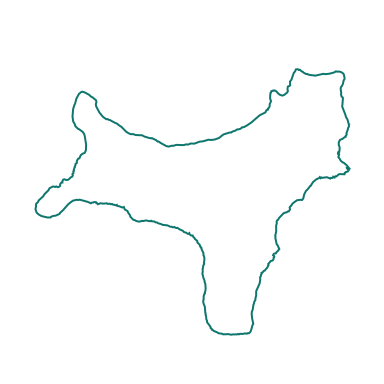 the district of Christmas Island, Australia, rotated 7°
{"feature_id": "25037944B52215188187413", "entity_name": "Christmas Island", "entity_type": "district", "adm_level": 2, "iso_a3": "AUS", "parent_name": "Australia", "parent_adm1": "", "projection": "orthographic", "projection_center": [105.63, -10.491], "detail": "fine", "context": "isolated", "style": "outline", "palette": "teal", "viewbox_px": 384, "rotation_deg": 7, "n_neighbors": 0, "source": "geoboundaries", "source_scale": "gbopen_adm2", "svg_char_len": 5976}
<svg xmlns="http://www.w3.org/2000/svg" viewBox="0 0 384 384"><g transform="rotate(7 192 192)"><path d="M279.7,59.6L278.5,61.4L277.0,68.4L275.8,70.5L276.4,74.2L275.9,74.8L274.3,75.7L274.2,78.1L274.9,80.3L274.2,81.8L272.0,84.1L270.7,85.0L269.8,85.3L267.1,84.7L265.0,83.3L263.8,82.0L261.6,81.1L260.7,81.5L260.2,81.3L259.9,81.8L258.5,82.2L258.2,83.9L257.8,84.2L257.9,87.3L258.2,89.9L259.4,92.2L258.4,95.4L258.6,97.1L258.3,98.7L257.2,100.0L257.4,101.0L256.0,101.6L255.1,104.1L249.8,107.6L242.6,115.6L238.9,118.9L235.6,121.3L233.7,121.8L232.6,123.2L230.5,124.2L229.3,124.3L227.7,125.7L224.6,127.2L223.8,128.1L222.0,128.4L216.1,131.1L212.2,135.1L208.0,137.2L204.8,138.0L202.0,138.1L196.6,140.4L193.4,141.1L188.5,143.7L184.9,144.0L182.3,145.4L180.1,145.5L178.3,146.4L174.9,146.8L171.6,147.0L170.0,147.4L168.1,148.4L166.8,148.4L163.1,149.8L160.8,149.5L154.5,147.0L153.6,146.3L152.1,145.9L151.7,146.1L150.2,145.0L145.6,143.4L145.1,143.7L142.9,143.6L138.1,142.8L135.6,141.8L129.2,142.3L126.4,141.7L124.2,142.1L121.6,141.3L119.2,140.1L114.1,136.0L110.7,134.3L109.6,133.4L106.8,132.6L101.5,130.5L100.5,130.5L99.2,129.9L98.0,130.2L94.4,128.2L90.6,124.6L86.5,118.8L85.8,116.5L86.2,114.5L85.6,112.7L82.0,110.3L80.3,109.7L77.9,108.0L73.3,106.2L70.8,105.8L69.6,106.5L67.8,108.5L65.8,113.6L65.2,118.6L64.6,120.1L63.9,124.3L64.2,131.7L65.5,136.5L67.1,138.5L68.3,141.0L71.4,143.3L72.2,143.4L76.3,145.7L77.9,147.6L78.8,149.8L81.1,157.8L81.6,162.9L81.3,164.7L80.6,166.4L78.8,167.3L77.1,169.0L76.1,172.3L75.0,172.8L74.3,174.2L73.9,175.6L74.2,177.1L73.0,178.3L73.0,179.9L72.5,181.0L72.7,181.8L72.4,182.2L71.9,184.6L72.3,185.4L71.7,186.1L72.0,187.7L71.1,188.8L71.7,190.0L71.3,191.3L69.6,192.5L68.5,194.1L67.2,195.1L65.7,195.4L63.8,194.9L62.8,195.3L62.2,196.2L62.2,198.1L61.8,197.9L60.4,199.7L60.2,200.9L60.4,202.0L59.6,202.9L58.2,203.6L56.6,203.0L55.6,203.7L54.3,203.4L53.0,203.6L50.1,205.7L49.3,207.8L45.8,212.2L44.8,214.5L40.9,219.0L40.2,221.0L38.8,222.6L38.7,224.3L39.0,225.1L38.7,228.0L39.9,230.7L40.8,231.8L42.8,233.1L45.5,234.2L51.4,234.9L54.7,234.5L55.1,233.8L57.1,232.7L59.5,232.1L63.2,229.9L63.5,228.9L66.1,225.9L70.7,219.2L72.6,217.2L74.9,215.1L78.4,213.8L80.0,213.8L81.6,213.3L89.7,214.5L93.0,215.5L94.0,214.7L95.5,214.4L96.1,213.9L97.9,213.8L98.4,214.1L98.5,214.8L99.5,215.0L100.2,215.6L102.5,214.3L105.2,214.4L108.8,213.6L109.8,214.1L111.8,213.6L112.8,214.1L114.2,213.6L115.4,214.3L116.2,214.1L117.5,214.5L118.8,214.0L118.8,214.5L120.0,215.0L121.5,215.0L124.7,215.9L126.2,215.2L127.4,217.5L130.2,218.7L131.4,220.6L133.3,222.6L133.8,224.0L136.9,226.6L139.0,227.0L139.9,227.5L142.5,227.9L144.4,227.5L145.8,226.7L147.1,226.8L149.8,225.8L153.6,226.2L155.0,225.5L155.7,226.0L158.0,225.8L159.7,226.6L160.8,226.5L162.4,227.2L165.3,227.6L166.8,228.2L171.6,228.1L174.6,229.1L176.4,229.0L177.2,229.4L179.0,228.9L179.8,229.5L181.2,229.6L182.0,229.4L184.5,230.7L187.4,231.5L189.0,232.8L190.9,233.0L192.8,234.0L193.6,234.0L194.3,233.2L194.8,234.3L196.5,235.3L198.0,235.1L198.8,236.5L200.0,237.3L200.8,238.4L203.2,239.9L203.4,241.3L206.1,243.5L206.8,245.2L207.3,245.3L207.8,246.3L208.3,246.5L208.6,247.9L210.7,251.0L211.1,253.4L211.9,254.6L212.4,256.5L212.6,259.2L212.4,260.8L212.9,261.7L212.1,263.9L212.2,265.9L211.9,266.8L212.4,270.0L212.2,271.6L213.9,276.1L215.2,278.3L215.5,279.9L216.3,281.1L217.3,286.1L217.3,288.9L216.9,290.1L217.2,291.1L216.6,291.9L216.4,293.0L216.3,294.8L216.7,297.1L216.4,297.9L216.5,299.6L217.2,301.6L218.8,304.5L219.9,310.2L220.5,311.2L220.4,312.3L221.0,313.2L221.8,316.7L222.6,318.0L222.9,319.5L226.7,323.4L227.0,324.7L228.2,325.3L228.5,326.3L229.5,326.5L230.5,327.2L234.3,328.3L235.7,329.0L239.1,329.0L240.1,329.5L245.8,328.6L248.1,328.9L249.8,328.4L253.9,327.9L254.9,327.3L255.9,327.6L256.9,326.9L259.5,326.7L261.9,325.9L263.8,325.9L264.6,325.3L265.7,325.3L266.9,323.9L267.4,322.4L268.3,316.8L268.9,315.3L267.1,310.3L266.1,305.8L266.0,303.7L266.6,301.2L266.7,296.4L267.2,294.9L267.1,293.6L268.1,291.4L267.9,290.0L268.3,286.9L267.8,282.6L270.3,274.4L270.4,270.7L270.0,268.2L270.5,267.5L270.6,265.6L271.2,264.4L270.9,263.8L271.8,263.3L272.7,261.7L273.9,261.1L274.7,259.5L275.5,258.6L276.2,257.2L276.5,255.6L276.9,255.2L276.4,254.2L278.7,250.8L280.2,250.3L281.1,249.0L281.0,247.4L281.5,246.7L281.5,245.7L280.2,245.0L280.6,243.6L281.0,243.2L282.7,242.7L283.3,241.3L284.8,239.6L285.1,238.5L285.6,238.0L283.4,234.3L282.5,233.7L280.3,227.4L280.3,225.8L279.9,225.2L280.4,221.1L279.6,214.9L280.0,213.0L279.6,211.2L279.8,210.0L280.8,209.1L281.5,207.3L285.4,202.0L287.3,200.9L288.4,200.7L289.5,199.6L290.5,199.4L291.4,197.3L290.8,195.4L291.7,193.8L292.1,193.6L293.1,191.4L294.5,189.9L297.2,187.4L300.6,186.5L302.3,186.5L303.2,184.9L303.7,180.5L305.1,176.8L306.2,175.6L308.7,171.5L309.4,171.0L309.6,170.1L311.0,167.3L313.8,164.3L316.4,162.7L317.0,161.7L318.0,162.6L318.6,161.8L319.3,162.1L324.1,160.9L327.6,161.8L328.2,161.0L329.2,161.1L330.1,160.6L330.3,159.6L331.8,160.2L332.2,159.2L332.7,158.8L333.5,158.9L335.4,156.7L336.6,156.2L341.2,155.8L341.3,154.3L342.0,154.1L342.4,153.3L344.0,152.8L344.9,151.2L344.2,150.8L343.7,149.9L342.9,149.7L342.7,149.2L343.7,149.1L344.6,149.7L345.3,149.5L342.4,146.7L339.1,144.5L337.9,144.2L336.0,143.0L334.1,140.5L333.0,139.5L333.5,136.7L333.1,136.4L332.4,136.5L332.1,135.7L332.3,135.0L332.7,135.4L333.3,134.5L333.3,131.1L332.9,129.2L332.0,127.6L331.6,124.9L332.5,122.3L335.0,120.8L337.0,118.8L337.7,118.6L337.6,117.8L338.2,117.1L338.5,115.7L338.1,115.0L339.0,111.2L339.1,109.5L339.8,107.9L339.5,106.3L339.7,105.7L339.3,105.5L337.5,101.2L335.7,98.8L334.7,96.4L330.7,89.0L330.4,80.8L330.1,79.8L328.9,79.1L328.0,77.0L328.1,75.9L326.9,71.1L327.3,69.2L327.8,68.7L328.6,66.4L328.9,62.9L329.6,61.4L329.5,60.1L328.3,56.7L327.1,55.6L325.3,54.8L323.4,54.5L321.4,54.9L320.6,54.7L319.6,54.9L319.2,55.6L318.3,56.1L314.1,57.8L310.0,58.8L307.9,58.7L299.9,61.6L299.4,61.4L295.2,61.5L292.8,61.2L292.1,60.8L290.9,61.0L288.1,59.9L287.3,59.2L285.9,58.8L284.1,57.5L283.2,57.9L282.0,57.2L280.1,57.7L279.7,59.6Z" fill="none" stroke="#0f766e" stroke-width="2"/></g></svg>